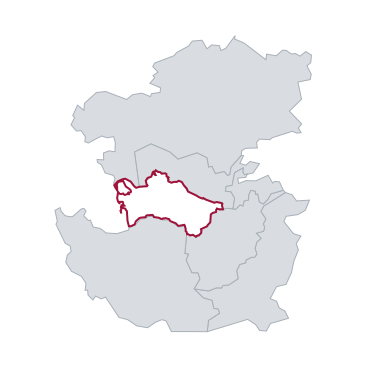 Turkmenistan highlighted, orthographic projection, rotated 351°
{"feature_id": "TKM", "entity_name": "Turkmenistan", "entity_type": "country or territory", "adm_level": 0, "iso_a3": "TKM", "parent_name": "Asia", "parent_adm1": "", "projection": "orthographic", "projection_center": [58.325, 38.975], "detail": "medium", "context": "with_neighbors", "style": "outline", "palette": "rose", "viewbox_px": 384, "rotation_deg": 351, "n_neighbors": 6, "source": "natural_earth", "source_scale": "50m", "svg_char_len": 6677}
<svg xmlns="http://www.w3.org/2000/svg" viewBox="0 0 384 384"><g transform="rotate(351 192 192)"><path d="M331.4,75.5L329.5,82.9L325.2,85.3L328.2,94.3L326.4,99.4L313.8,100.0L314.7,117.5L300.8,127.3L310.9,141.9L307.1,145.4L309.0,150.5L304.6,150.2L300.5,147.7L279.4,151.0L277.2,152.5L266.9,150.3L263.5,153.0L263.4,158.7L251.7,157.2L247.4,159.2L246.5,163.6L234.4,173.7L232.1,180.8L229.5,181.2L227.0,176.9L217.9,177.5L215.7,169.8L212.3,170.1L212.0,160.5L203.1,154.2L183.3,157.4L176.4,149.1L159.0,138.1L141.6,143.5L140.8,178.7L137.1,179.1L132.4,171.4L127.8,168.5L119.7,170.1L116.3,173.1L116.1,170.7L118.1,166.8L117.0,163.4L109.2,159.6L106.8,150.9L103.3,148.1L103.3,145.0L109.8,146.5L110.7,139.6L116.5,138.4L122.2,140.2L124.0,131.1L123.3,125.1L116.7,125.2L111.4,122.5L97.2,127.4L94.1,125.5L95.3,120.7L92.1,114.0L87.4,113.7L83.0,106.7L87.7,100.1L86.2,97.9L92.5,88.3L98.0,94.4L99.6,87.7L113.1,78.8L122.3,79.2L141.9,90.4L148.5,86.6L158.0,86.5L165.8,91.3L167.5,88.5L176.0,88.7L177.3,84.2L167.4,78.0L172.9,73.4L171.7,70.9L177.2,68.3L172.8,62.1L175.2,58.8L195.9,54.5L198.3,52.0L211.5,47.3L215.8,43.0L225.7,43.7L229.2,52.9L234.4,49.8L242.0,51.8L242.7,56.8L247.8,55.4L259.1,44.3L257.9,47.5L266.7,53.0L285.7,72.9L287.2,67.5L296.5,70.6L303.6,66.1L307.1,66.8L311.6,71.1L316.1,71.6L319.8,74.7L326.4,71.1L331.4,75.5Z" fill="#d9dde1" stroke="#a8b0b8" stroke-width="1"/><path d="M140.8,178.7L141.6,143.5L159.0,138.1L176.4,149.1L183.3,157.4L203.1,154.2L212.0,160.5L212.3,170.1L215.7,169.8L217.9,177.5L227.0,176.9L229.5,181.2L232.1,180.8L234.4,173.7L246.5,163.6L248.6,164.2L243.7,171.2L249.4,174.0L254.0,170.9L263.1,174.6L255.2,182.8L246.7,183.3L245.3,180.8L246.2,176.2L237.0,179.7L232.7,191.7L226.6,191.9L225.1,196.3L230.7,198.0L233.1,204.9L229.9,215.0L219.8,213.8L219.5,208.0L201.2,200.6L187.4,190.3L183.4,180.6L180.9,178.9L173.2,179.6L170.4,177.7L169.5,170.1L159.9,165.1L153.9,170.7L147.8,173.9L148.9,178.7L140.8,178.7Z" fill="#d9dde1" stroke="#a8b0b8" stroke-width="1"/><path d="M306.7,218.4L301.1,227.8L293.0,230.9L281.2,230.7L278.1,235.5L285.7,249.1L292.7,252.5L286.9,259.2L288.0,265.8L281.6,276.6L277.8,286.9L270.4,298.0L260.7,298.7L252.5,309.6L258.4,313.1L260.0,320.1L265.2,324.1L267.6,331.8L248.9,334.2L243.6,341.0L237.1,339.3L234.1,332.9L227.0,326.5L185.2,332.3L188.2,321.4L200.3,316.0L199.4,311.7L195.3,310.4L194.8,302.2L186.7,298.4L178.9,288.0L192.9,292.3L201.2,290.5L206.2,291.4L207.8,289.2L213.6,289.6L224.0,284.8L223.8,276.8L227.9,271.0L233.9,270.4L234.5,267.7L240.5,265.8L243.6,266.3L246.4,263.3L245.4,257.7L248.2,251.6L252.9,248.6L249.1,242.7L256.5,242.0L258.2,238.3L257.4,234.7L260.7,230.2L256.9,221.9L260.7,217.1L284.2,207.1L290.4,210.4L293.9,217.2L306.7,218.4Z" fill="#d9dde1" stroke="#a8b0b8" stroke-width="1"/><path d="M219.8,213.8L224.0,213.5L232.3,215.9L237.4,212.2L240.1,213.7L242.0,209.1L246.5,208.7L247.7,203.3L250.4,199.5L254.7,201.1L254.3,204.1L256.6,204.2L257.0,212.3L260.4,215.0L265.8,211.1L269.8,206.1L282.5,204.6L284.2,207.1L260.7,217.1L256.9,221.9L260.7,230.2L257.4,234.7L258.2,238.3L256.5,242.0L249.1,242.7L252.9,248.6L248.2,251.6L245.4,257.7L246.4,263.3L243.6,266.3L240.5,265.8L234.5,267.7L233.9,270.4L227.9,271.0L223.8,276.8L224.0,284.8L213.6,289.6L207.8,289.2L206.2,291.4L201.2,290.5L192.9,292.3L178.9,288.0L186.1,279.2L185.3,273.1L179.1,271.7L175.5,258.2L178.8,252.9L175.3,251.6L180.2,232.6L188.2,236.0L194.0,234.4L195.4,230.0L201.5,228.2L205.6,225.0L206.6,217.3L212.9,215.0L213.8,211.5L219.8,213.8Z" fill="#d9dde1" stroke="#a8b0b8" stroke-width="1"/><path d="M229.9,215.0L233.1,204.9L230.7,198.0L225.1,196.3L226.6,191.9L232.7,191.7L237.0,179.7L246.2,176.2L245.3,180.8L246.7,183.3L249.6,182.7L247.4,186.0L239.4,185.4L239.4,190.9L247.1,189.2L256.5,191.0L269.8,187.4L273.1,195.8L275.3,194.4L280.0,195.7L282.5,204.6L269.8,206.1L265.8,211.1L260.4,215.0L257.0,212.3L256.6,204.2L254.3,204.1L254.7,201.1L250.4,199.5L247.7,203.3L246.5,208.7L242.0,209.1L240.1,213.7L237.4,212.2L232.3,215.9L229.9,215.0Z" fill="#d9dde1" stroke="#a8b0b8" stroke-width="1"/><path d="M77.3,283.1L73.2,277.6L73.6,272.6L71.0,272.3L73.0,265.6L69.6,258.0L60.6,251.5L56.3,241.8L59.0,234.7L63.2,232.0L63.3,226.4L58.7,222.8L52.6,202.6L54.4,199.9L53.8,188.7L59.2,186.8L59.8,190.5L62.8,195.5L67.6,197.4L70.3,197.5L79.7,191.6L82.5,191.2L84.4,194.2L81.3,198.6L85.4,204.1L87.2,203.8L88.9,211.1L95.8,213.7L100.7,219.0L111.4,221.4L123.4,219.6L124.3,217.4L131.0,215.8L136.6,210.6L141.6,211.0L144.9,209.3L150.3,210.2L158.6,215.1L164.7,216.1L173.5,224.4L179.3,224.6L180.2,232.6L175.3,251.6L178.8,252.9L175.5,258.2L179.1,271.7L185.3,273.1L186.1,279.2L178.9,288.0L186.7,298.4L194.8,302.2L195.3,310.4L199.4,311.7L200.3,316.0L188.2,321.4L185.2,332.3L149.8,326.6L146.2,315.1L142.2,313.4L135.6,314.9L126.9,319.1L116.6,315.6L108.3,307.9L100.4,304.6L90.1,282.2L85.6,283.4L80.6,279.7L77.3,283.1Z" fill="#d9dde1" stroke="#a8b0b8" stroke-width="1"/><path d="M140.9,178.6L148.4,179.3L149.1,178.5L148.4,177.5L148.1,173.6L150.4,171.1L154.1,170.5L155.7,167.7L157.5,168.2L158.3,169.5L158.8,169.5L158.4,168.4L156.5,166.3L157.3,165.7L158.8,166.0L159.6,164.9L161.6,166.9L163.6,167.4L165.0,169.2L168.6,169.4L169.5,170.2L169.3,172.5L170.4,173.1L171.1,174.1L170.2,174.5L170.7,176.1L170.2,177.2L170.4,177.9L173.1,179.6L176.0,179.2L178.7,179.7L180.5,178.8L183.5,180.5L185.1,184.3L187.3,187.6L188.2,191.0L196.0,196.3L198.0,198.2L201.1,200.0L202.2,199.7L204.6,201.7L212.3,206.1L215.0,205.8L219.7,207.6L220.2,208.3L219.5,209.8L219.9,214.0L216.7,213.6L214.0,212.4L213.1,213.4L212.6,215.5L209.1,215.9L207.1,217.1L205.3,224.8L202.2,227.2L201.7,228.2L195.0,230.1L195.3,231.7L194.6,234.0L191.8,236.0L190.0,236.1L188.9,236.9L186.2,234.4L183.4,234.6L181.2,232.8L180.6,232.9L180.4,230.6L179.6,229.5L180.0,227.5L179.6,223.9L179.2,223.2L173.2,223.4L171.0,220.3L166.4,217.6L165.7,216.9L165.2,215.2L161.5,213.6L160.2,213.9L159.5,213.5L158.2,214.0L157.3,213.7L155.2,212.2L150.4,210.8L150.1,209.3L149.3,208.4L143.6,208.0L142.7,208.6L142.3,209.6L137.1,209.3L135.6,209.7L131.9,212.2L130.3,215.1L126.4,216.2L124.3,216.0L123.8,210.4L124.7,200.7L123.7,199.1L123.6,198.1L120.9,196.7L119.5,197.4L119.4,195.8L120.3,194.1L121.4,194.9L123.0,194.9L122.1,193.6L122.3,191.4L121.7,190.8L118.7,190.4L118.4,191.3L118.9,192.5L117.4,189.7L117.1,186.4L119.0,180.4L120.3,182.5L121.7,183.0L123.7,182.7L124.7,184.2L125.5,184.4L127.8,183.9L129.2,184.2L128.8,182.8L129.2,182.5L130.4,182.9L131.5,182.6L131.8,181.8L131.7,180.7L130.9,179.5L127.5,176.2L125.7,170.4L121.2,170.4L119.7,171.4L118.5,173.9L118.9,174.5L118.4,178.8L116.9,175.5L116.3,173.1L120.5,169.8L125.0,168.6L128.1,168.4L133.1,172.2L135.7,177.1L137.0,178.7L137.8,179.1L140.9,178.6ZM118.7,199.5L118.9,202.2L118.4,199.3L118.7,198.9L119.0,199.0L118.7,199.5Z" fill="none" stroke="#9f1239" stroke-width="2"/></g></svg>